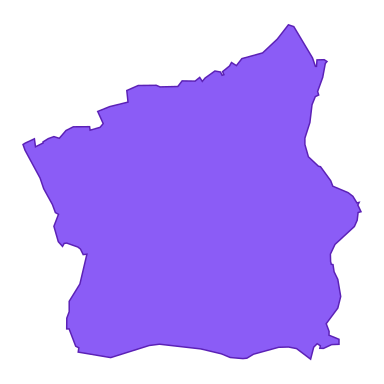 outline of Cork City North East Lea-6, Cork, Ireland
{"feature_id": "5873133B11463526340126", "entity_name": "Cork City North East Lea-6", "entity_type": "district", "adm_level": 2, "iso_a3": "IRL", "parent_name": "Ireland", "parent_adm1": "Cork", "projection": "albers", "projection_center": [-8.424, 51.935], "detail": "fine", "context": "isolated", "style": "filled", "palette": "violet", "viewbox_px": 384, "rotation_deg": 0, "n_neighbors": 0, "source": "geoboundaries", "source_scale": "gbopen_adm2", "svg_char_len": 1596}
<svg xmlns="http://www.w3.org/2000/svg" viewBox="0 0 384 384"><path d="M310.6,359.2L313.7,347.2L317.2,343.7L320.4,345.8L319.8,348.3L323.5,348.4L331.6,344.6L339.0,344.3L339.0,339.3L329.0,335.2L329.1,331.4L326.2,323.7L337.8,308.1L340.7,296.5L337.8,279.4L334.1,271.8L333.0,264.6L331.3,264.3L330.6,261.5L330.4,254.1L335.0,244.4L354.4,226.5L357.2,220.2L358.1,212.5L361.0,211.7L357.8,205.0L359.1,202.4L356.9,202.9L352.9,196.3L348.2,192.7L332.8,186.2L330.7,180.7L320.5,166.7L318.4,166.2L308.4,156.8L304.9,144.5L304.9,138.1L309.9,122.5L312.0,104.8L315.3,96.6L318.7,95.0L317.6,91.5L322.7,77.4L325.3,63.5L327.0,61.5L324.2,59.7L317.0,59.9L316.5,66.4L315.4,66.4L312.5,57.9L293.8,26.6L288.4,24.8L277.3,39.1L262.6,52.9L241.9,58.6L236.4,65.6L231.5,62.5L229.5,66.0L222.6,71.6L223.9,74.7L222.1,75.3L220.5,72.0L214.9,71.0L205.1,78.0L202.3,81.4L199.7,77.4L195.1,81.1L182.1,80.9L177.8,86.5L160.0,86.9L156.3,85.3L138.2,85.5L126.8,90.5L128.0,102.1L109.7,106.6L97.7,111.4L103.2,123.6L100.1,127.3L90.1,130.2L89.6,126.7L73.3,126.8L66.0,130.5L59.3,138.3L53.9,136.6L48.3,138.6L43.0,141.9L43.1,143.0L35.5,146.8L34.4,138.8L25.2,143.1L23.0,144.5L25.0,150.2L40.1,178.1L43.7,188.7L52.4,204.5L55.4,212.6L58.5,214.3L53.9,226.3L58.3,241.7L62.5,246.4L64.2,243.4L66.8,243.1L77.8,247.0L80.4,249.0L83.2,254.6L86.9,254.2L79.9,284.0L69.2,301.3L69.2,311.7L66.8,318.1L66.7,328.9L69.1,328.9L75.7,346.2L78.8,347.8L78.2,352.1L110.7,357.6L149.2,345.5L159.5,344.2L200.7,348.9L221.3,353.8L230.2,357.5L242.9,358.6L246.9,358.2L253.5,354.2L278.6,347.3L288.4,347.0L296.6,348.6L310.6,359.2Z" fill="#8b5cf6" stroke="#5b21b6" stroke-width="1.5"/></svg>